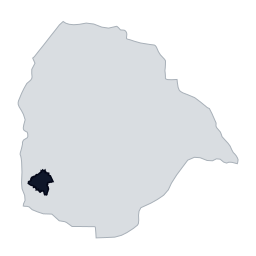 Mutoko, Mashonaland East, Zimbabwe (highlighted), rotated 178°
{"feature_id": "62879985B11813721132111", "entity_name": "Mutoko", "entity_type": "district", "adm_level": 2, "iso_a3": "ZWE", "parent_name": "Zimbabwe", "parent_adm1": "Mashonaland East", "projection": "robinson", "projection_center": [32.255, -17.423], "detail": "fine", "context": "in_parent", "style": "filled", "palette": "ink", "viewbox_px": 256, "rotation_deg": 178, "n_neighbors": 0, "source": "geoboundaries", "source_scale": "gbopen_adm2", "svg_char_len": 5394}
<svg xmlns="http://www.w3.org/2000/svg" viewBox="0 0 256 256"><g transform="rotate(178 128 128)"><path d="M189.1,236.7L186.5,234.9L183.1,233.7L178.7,233.1L173.1,233.3L166.1,234.3L158.6,233.1L150.6,229.7L143.9,228.5L136.0,230.0L135.6,230.0L134.2,228.8L132.1,226.3L128.4,225.9L127.4,225.3L126.6,224.3L126.1,223.2L125.9,221.8L126.4,217.7L126.1,217.2L125.1,216.7L123.2,216.2L118.4,214.4L112.4,212.5L102.6,210.6L98.8,210.0L97.9,209.4L96.8,207.9L94.9,203.1L93.1,200.0L88.9,195.2L88.2,193.7L88.4,189.8L88.7,186.7L89.1,184.1L88.9,181.6L88.8,178.6L88.9,176.5L88.4,175.6L86.8,175.0L82.5,174.7L77.3,174.8L77.1,171.7L76.5,166.9L75.5,164.1L74.3,162.7L71.9,161.2L67.0,159.1L60.3,156.0L54.6,151.4L48.0,145.6L46.0,144.6L43.5,139.2L39.8,129.9L40.0,126.8L39.4,125.3L35.8,120.7L35.0,118.4L34.3,116.0L28.6,109.3L26.6,106.4L25.1,102.7L23.6,99.7L22.4,98.5L20.8,96.4L19.6,94.1L19.1,92.4L19.5,90.1L20.0,88.5L25.4,90.1L28.4,90.3L30.7,89.5L33.6,90.6L37.0,93.6L40.7,94.1L44.7,92.3L50.1,92.8L57.0,95.8L62.7,96.4L69.4,93.8L75.4,86.4L81.0,79.4L86.5,71.4L89.8,64.9L94.7,59.6L101.2,55.5L107.8,52.1L117.9,47.9L119.9,44.4L120.5,40.6L120.5,35.4L121.0,32.0L122.1,30.4L123.8,29.2L125.9,27.6L132.6,23.6L138.2,21.0L145.0,19.4L152.4,19.3L159.6,19.3L163.7,19.3L163.8,24.4L164.1,30.1L164.9,30.6L170.3,30.8L179.0,31.2L187.3,31.5L192.7,35.7L194.5,36.6L200.0,37.7L207.1,44.6L215.6,45.2L221.5,47.4L226.6,49.7L229.6,52.6L231.5,53.2L234.1,53.4L235.4,53.7L235.1,55.7L233.4,59.2L233.6,64.2L236.0,71.0L236.3,77.0L235.5,87.6L235.5,97.8L235.8,101.4L236.2,103.8L236.7,105.2L236.6,106.7L235.2,111.0L234.0,115.5L234.0,117.3L233.5,118.5L232.7,119.7L229.0,121.8L228.4,123.0L228.4,125.4L228.8,127.3L230.2,128.1L231.9,129.2L232.6,130.6L232.6,132.2L232.0,135.0L230.5,139.8L232.0,145.2L233.7,148.8L236.0,152.9L236.9,155.4L236.9,157.2L236.5,158.9L233.1,166.4L230.6,171.1L227.6,176.0L223.6,179.2L222.5,180.7L222.1,182.4L222.3,186.1L222.1,190.0L218.7,196.0L220.8,201.2L220.3,201.6L219.2,202.4L214.3,208.2L209.3,214.0L205.7,218.3L201.6,223.2L196.9,228.7L193.0,233.4L189.1,236.7Z" fill="#d9dde1" stroke="#a8b0b8" stroke-width="1"/><path d="M225.0,82.4L225.1,82.0L225.1,81.9L225.3,81.8L225.4,81.6L225.7,81.4L225.7,81.2L225.8,81.2L226.2,81.1L226.3,81.3L226.4,81.0L226.4,80.9L226.5,80.9L226.7,80.7L226.8,80.5L226.8,80.3L226.9,80.0L226.9,79.9L226.9,79.6L226.8,79.3L226.7,79.1L227.0,78.7L227.4,78.5L227.7,78.4L227.9,78.3L228.5,78.2L228.8,78.1L229.1,77.8L229.3,77.7L229.4,77.4L229.3,77.2L229.3,76.8L229.4,76.5L229.5,76.3L229.6,76.1L227.3,74.4L226.0,73.9L225.4,73.8L224.6,73.4L224.4,73.4L224.2,73.3L224.2,73.2L224.5,72.0L224.5,71.9L224.4,71.9L224.2,72.0L223.9,72.1L223.7,72.0L223.4,72.2L223.2,72.4L222.8,72.4L222.7,72.4L222.5,72.2L222.4,72.2L222.3,71.8L222.3,71.6L222.3,71.4L222.3,71.2L222.2,71.1L222.0,70.9L222.0,70.6L221.9,70.6L221.8,70.4L221.7,70.4L221.6,70.2L221.5,69.9L221.5,69.6L221.4,69.6L221.5,69.5L221.4,69.5L221.3,69.4L221.2,69.3L220.9,69.5L220.7,69.5L220.6,69.4L220.4,69.6L220.2,69.6L219.9,69.8L219.7,69.9L219.7,69.1L219.4,68.8L219.2,68.3L219.0,68.0L218.8,67.7L218.6,67.4L218.5,67.2L218.3,66.7L218.3,66.9L218.2,66.9L218.2,67.0L217.9,67.2L217.7,67.3L217.2,67.5L217.0,68.1L217.0,68.3L217.0,68.5L216.9,68.5L216.8,68.3L216.7,68.2L216.6,67.9L216.4,67.9L216.2,67.9L215.9,68.0L215.3,68.1L215.0,68.1L214.8,68.2L214.6,68.0L214.6,67.9L214.5,67.6L214.4,67.4L214.2,66.7L214.1,66.0L214.0,65.8L214.0,65.7L214.0,65.4L213.9,65.3L213.8,65.1L213.8,64.8L213.7,64.6L213.7,64.4L213.6,64.2L213.4,64.1L213.2,64.2L213.0,64.3L212.9,64.3L212.5,64.3L212.4,64.3L212.2,64.2L212.2,64.3L211.8,64.2L211.6,64.2L211.4,64.3L211.3,64.9L211.2,65.2L211.2,65.4L211.2,65.5L211.2,65.8L211.0,66.1L211.0,66.3L210.9,66.4L210.9,66.6L210.7,66.9L210.4,67.4L210.4,67.6L210.3,68.0L210.2,68.1L210.1,68.5L209.9,68.9L209.8,69.1L209.8,69.4L209.6,69.7L209.6,69.9L209.6,70.1L209.9,70.4L209.9,70.5L209.8,70.8L209.8,71.0L209.9,71.3L209.9,71.5L209.9,71.8L210.2,72.2L210.4,72.4L210.5,72.7L210.6,72.8L210.7,73.0L211.1,73.5L211.1,73.8L210.9,74.1L210.7,74.0L210.4,74.2L210.3,74.3L210.2,74.5L210.1,74.9L210.2,75.0L210.3,75.1L210.3,75.6L210.4,75.8L210.4,76.0L210.2,76.2L209.9,76.2L209.7,76.3L209.4,76.4L209.2,76.4L208.9,76.4L208.7,76.3L208.4,76.4L208.4,76.5L208.1,76.8L207.9,76.9L207.7,76.9L207.4,76.8L207.2,76.8L207.3,76.8L207.2,76.8L207.1,76.7L207.0,76.8L206.8,76.7L206.7,76.7L206.4,76.6L206.2,76.6L205.9,76.8L205.5,77.0L205.3,77.1L205.0,77.1L204.8,77.1L205.4,78.5L205.6,79.0L206.9,82.0L207.1,82.6L207.3,82.8L207.4,83.0L207.8,83.1L208.9,83.6L209.3,83.9L209.2,84.0L209.1,84.3L208.9,84.6L209.0,84.7L209.0,84.8L208.9,84.9L208.9,85.1L208.8,85.3L208.8,85.6L212.3,86.3L212.2,86.5L211.8,87.3L212.2,87.9L212.5,87.9L212.5,88.8L213.5,88.1L214.8,89.1L215.1,88.6L215.3,88.6L215.5,88.3L215.8,88.2L216.1,87.8L216.1,87.7L216.2,87.8L216.2,87.7L216.3,87.6L216.3,87.4L216.4,87.1L216.5,87.0L216.6,86.8L216.9,86.8L217.0,86.7L217.2,86.3L217.4,86.2L217.6,86.2L217.8,86.1L218.0,85.9L218.1,85.7L218.3,85.7L218.6,85.3L218.9,85.2L219.0,85.1L219.3,84.9L219.5,84.6L219.8,84.6L220.1,84.6L220.3,84.5L220.5,84.4L220.9,84.5L221.0,84.6L221.3,84.4L221.2,84.3L221.2,84.2L221.3,84.1L221.5,84.0L221.7,83.8L221.8,83.8L221.9,83.6L222.0,83.5L222.0,83.3L222.0,83.1L222.3,83.0L222.6,83.0L222.6,82.9L222.8,82.6L223.1,82.6L223.3,82.7L223.5,82.7L223.6,82.8L223.8,82.7L224.0,82.7L224.0,82.8L224.2,82.7L224.3,82.4L224.4,82.2L224.5,82.1L224.6,82.3L224.7,82.2L224.7,82.3L224.8,82.4L225.0,82.4L225.0,82.4Z" fill="#0f172a" stroke="#020617" stroke-width="1.5"/></g></svg>